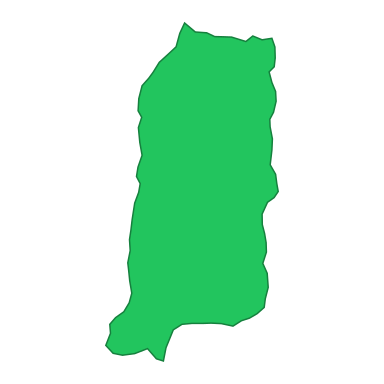 Marinópolis, São Paulo, Brazil (Mercator projection)
{"feature_id": "56859067B71245094474984", "entity_name": "Marinópolis", "entity_type": "district", "adm_level": 2, "iso_a3": "BRA", "parent_name": "Brazil", "parent_adm1": "São Paulo", "projection": "mercator", "projection_center": [-50.833, -20.48], "detail": "fine", "context": "isolated", "style": "filled", "palette": "green", "viewbox_px": 384, "rotation_deg": 0, "n_neighbors": 0, "source": "geoboundaries", "source_scale": "gbopen_adm2", "svg_char_len": 1164}
<svg xmlns="http://www.w3.org/2000/svg" viewBox="0 0 384 384"><path d="M105.8,345.4L113.1,353.3L122.5,355.2L134.7,353.6L147.5,348.6L156.4,358.8L163.4,361.0L166.0,347.7L173.3,329.8L182.0,324.3L191.9,323.4L202.9,323.4L211.0,323.1L221.3,323.6L233.0,326.1L241.5,320.7L249.5,318.1L257.2,313.6L264.2,307.4L265.3,298.7L268.2,287.4L267.2,273.3L262.8,263.4L266.4,252.1L266.1,242.6L264.6,233.6L262.3,224.6L262.1,214.1L267.5,202.3L274.1,197.6L278.2,191.5L276.8,183.6L275.6,174.3L270.2,164.8L271.9,150.0L272.4,138.9L270.1,126.8L269.8,119.3L273.5,112.3L276.1,101.3L275.6,91.5L271.9,82.5L269.1,71.9L274.2,66.8L275.2,58.0L274.9,47.0L271.9,38.3L262.1,39.8L252.8,36.0L245.9,41.5L231.6,37.1L222.7,36.8L214.7,36.6L206.7,32.8L195.3,32.0L184.6,23.0L179.8,33.3L176.1,46.8L168.1,54.3L159.3,62.3L153.1,72.3L148.7,78.3L142.1,85.7L138.8,98.6L138.1,110.8L141.7,117.3L138.4,127.6L139.8,142.4L142.1,155.3L138.0,167.1L136.5,176.5L140.2,183.6L138.7,192.3L134.7,203.1L132.2,219.3L130.9,230.3L129.5,239.6L130.2,250.6L127.8,262.8L128.8,271.6L129.7,280.7L131.8,293.2L129.2,302.8L123.8,311.8L115.6,317.6L109.8,324.3L110.5,333.3L105.8,345.4Z" fill="#22c55e" stroke="#15803d" stroke-width="1.5"/></svg>